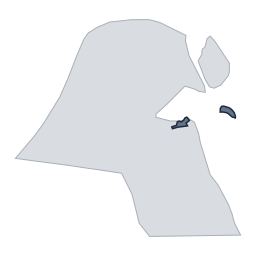 where Al Asimah sits in Kuwait
{"feature_id": "KWT-1663", "entity_name": "Al Asimah", "entity_type": "Province", "adm_level": 1, "iso_a3": "KWT", "parent_name": "Kuwait", "parent_adm1": "", "projection": "robinson", "projection_center": [48.15, 29.392], "detail": "fine", "context": "in_parent", "style": "filled", "palette": "slate", "viewbox_px": 256, "rotation_deg": 0, "n_neighbors": 0, "source": "natural_earth", "source_scale": "10m", "svg_char_len": 1382}
<svg xmlns="http://www.w3.org/2000/svg" viewBox="0 0 256 256"><path d="M240.6,235.1L220.1,235.4L194.3,235.8L173.3,236.1L149.6,236.4L139.2,223.3L135.7,208.9L132.0,194.2L121.6,173.2L86.9,168.1L68.5,165.4L38.1,161.4L15.4,158.4L34.6,135.7L43.5,123.5L59.7,97.2L68.0,78.4L76.0,57.6L82.9,41.4L84.3,38.4L88.3,32.9L97.2,27.3L109.9,22.0L131.5,19.7L146.6,19.6L150.0,19.8L159.6,22.4L186.0,35.4L185.4,40.6L189.1,55.8L197.6,72.5L204.5,86.0L205.3,92.3L199.0,91.4L194.2,88.9L184.9,86.2L167.0,104.1L156.1,113.9L155.8,117.2L170.2,121.0L180.8,120.9L188.2,118.3L194.5,122.4L198.6,133.5L200.3,142.5L210.1,174.6L218.3,185.4L228.4,204.5L232.2,214.4L234.4,222.8L240.6,235.1ZM220.9,85.1L214.2,88.2L209.6,86.9L205.2,79.5L198.1,60.9L202.0,54.0L201.8,51.1L202.6,48.8L204.8,47.4L207.1,38.7L210.2,36.0L215.3,41.9L229.4,63.2L229.3,71.9L228.5,75.4L220.9,85.1Z" fill="#d9dde1" stroke="#a8b0b8" stroke-width="1"/><path d="M228.3,107.5L230.1,108.3L231.0,109.1L232.4,110.3L233.3,111.5L234.3,112.8L235.5,116.6L235.2,118.0L233.5,117.3L232.4,117.1L231.3,116.3L228.0,113.4L225.8,112.5L222.7,112.0L220.2,112.1L220.3,108.5L221.6,106.4L223.6,106.1L228.3,107.5ZM171.8,126.9L174.0,126.1L176.6,125.2L177.3,121.9L179.1,121.1L181.3,121.9L183.7,120.1L184.9,118.0L186.8,117.1L187.6,117.9L189.4,120.5L186.1,123.0L187.5,125.9L177.7,127.2L172.5,128.7L171.9,127.4L171.8,126.9Z" fill="#64748b" stroke="#1e293b" stroke-width="1.5"/></svg>